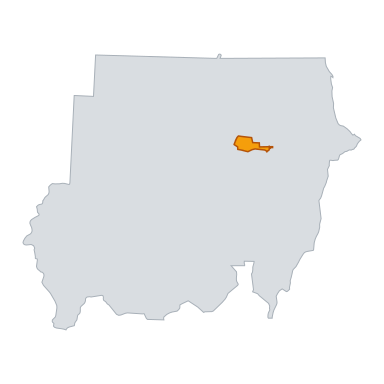 Atbara, River Nile, Sudan shown in context
{"feature_id": "16777658B19107068109893", "entity_name": "Atbara", "entity_type": "district", "adm_level": 2, "iso_a3": "SDN", "parent_name": "Sudan", "parent_adm1": "River Nile", "projection": "albers", "projection_center": [33.305, 17.884], "detail": "fine", "context": "in_parent", "style": "filled", "palette": "amber", "viewbox_px": 384, "rotation_deg": 0, "n_neighbors": 0, "source": "geoboundaries", "source_scale": "gbopen_adm2", "svg_char_len": 4615}
<svg xmlns="http://www.w3.org/2000/svg" viewBox="0 0 384 384"><path d="M272.2,318.2L268.4,318.2L267.9,317.3L268.0,314.8L268.4,312.9L269.8,309.9L269.5,308.3L269.7,306.0L268.6,303.4L259.4,295.8L257.6,293.7L252.6,291.8L253.5,289.6L251.5,274.0L252.5,272.2L252.8,269.5L252.8,267.1L253.9,263.1L254.1,261.4L244.3,261.2L244.2,263.0L244.7,264.9L244.6,265.7L231.1,265.7L236.5,271.8L236.7,274.5L236.4,277.8L236.4,280.0L236.7,281.4L238.2,284.1L238.1,284.6L237.7,285.3L228.0,293.4L226.4,297.1L225.1,299.1L222.2,302.4L213.3,311.0L211.8,311.6L205.0,311.8L204.4,312.0L203.8,312.4L203.5,312.3L197.8,307.1L188.2,300.8L181.7,303.9L179.9,305.0L179.8,308.0L178.8,309.5L177.1,311.1L172.3,312.0L169.8,312.8L166.8,314.4L163.8,317.1L163.6,318.6L163.9,319.9L147.4,319.4L146.3,318.3L144.1,313.7L142.4,313.9L127.4,312.9L125.3,313.3L120.9,315.0L118.7,315.3L116.5,314.3L109.0,305.0L107.3,303.9L105.6,301.6L104.0,300.6L103.5,299.9L103.3,298.9L103.4,297.0L102.9,295.7L101.7,295.3L91.1,297.0L89.6,296.7L87.3,297.0L86.6,297.3L85.6,298.5L85.4,300.9L85.0,302.2L84.2,303.5L81.0,306.4L80.3,307.7L80.3,311.1L80.0,312.8L79.5,313.6L78.1,314.8L77.6,315.5L76.9,319.8L75.1,322.4L74.7,323.3L74.5,325.1L74.2,325.7L69.3,327.0L67.5,327.8L66.3,329.2L66.0,329.9L64.0,329.2L61.4,328.7L56.4,328.0L54.4,327.2L53.5,326.1L53.9,323.5L53.5,323.0L52.7,322.4L52.2,321.3L52.4,319.9L55.2,317.1L55.8,315.5L56.9,307.9L56.8,305.6L55.0,301.2L50.6,293.6L49.5,292.1L43.8,285.7L43.2,284.8L41.9,282.2L43.8,276.7L44.0,275.1L43.6,273.5L42.2,272.2L40.9,272.0L39.2,270.4L38.1,269.6L37.1,268.3L36.5,266.4L37.4,259.8L37.1,258.9L35.6,258.6L35.3,258.1L35.4,256.8L34.8,253.0L34.1,249.8L34.7,248.1L33.6,245.7L31.2,244.5L26.4,245.0L25.0,244.8L24.0,244.3L23.3,243.4L23.0,242.4L23.5,240.8L25.0,238.1L26.8,235.9L30.3,234.0L31.3,232.9L31.9,231.7L32.1,230.3L31.9,228.8L31.6,227.4L30.7,225.5L29.9,223.3L30.0,221.9L30.5,220.8L31.5,219.6L35.0,217.4L38.5,215.6L39.1,214.9L39.0,214.0L37.5,212.2L37.2,209.0L36.5,206.7L38.3,205.0L39.6,204.5L41.7,204.1L42.5,203.4L42.8,202.1L42.8,200.8L43.6,199.8L44.7,197.8L45.5,196.9L48.2,194.6L48.9,193.1L49.1,191.6L48.7,186.9L50.3,185.1L52.3,183.6L55.1,183.9L59.4,183.8L62.3,183.3L64.4,183.4L69.1,184.5L69.6,184.1L69.9,182.9L74.2,95.5L93.5,96.4L95.6,55.0L215.8,58.4L216.8,58.3L218.7,54.4L219.5,54.1L220.7,54.4L221.2,55.3L220.1,58.4L325.1,57.9L325.4,62.6L326.3,66.4L329.4,71.7L332.0,74.6L332.9,76.2L333.0,76.9L332.9,77.6L332.1,76.8L330.8,76.3L330.7,78.9L331.4,84.0L332.6,87.6L331.9,91.0L332.1,96.7L333.6,103.5L333.4,107.8L335.8,118.0L338.1,123.6L339.3,124.9L340.7,125.6L343.3,126.1L347.1,128.8L350.2,131.8L351.3,133.4L352.8,135.1L353.8,134.7L354.4,134.2L355.4,135.6L360.2,138.5L361.0,139.9L359.3,141.3L357.4,143.8L356.5,146.0L356.0,146.7L354.4,148.2L354.2,148.8L353.5,149.3L352.8,149.3L351.1,150.1L349.7,149.9L348.2,150.4L347.7,150.9L346.5,151.4L344.9,151.7L342.5,153.6L340.3,154.6L339.6,155.3L338.5,159.1L337.7,160.1L334.5,160.3L332.9,160.6L330.8,160.2L329.8,160.3L329.5,161.1L329.2,164.3L329.3,165.7L327.5,169.4L328.2,176.2L326.5,181.3L326.3,182.5L324.6,186.6L323.7,188.1L321.6,195.7L320.7,198.0L318.9,200.5L321.1,218.6L319.6,224.2L319.7,227.2L318.7,231.7L317.8,233.8L316.4,236.3L315.2,239.1L314.2,242.8L313.6,249.8L313.2,250.4L307.4,251.4L305.6,251.9L304.3,252.7L302.9,254.5L299.9,259.4L298.4,262.4L296.0,266.6L293.2,269.5L292.6,270.9L292.1,273.5L291.1,277.7L290.2,280.7L290.4,283.0L289.5,287.2L289.6,289.2L288.6,290.3L287.3,291.4L286.4,291.6L282.2,288.9L279.4,290.8L277.6,293.5L276.2,296.2L277.0,301.9L277.0,303.1L276.6,304.5L273.9,310.1L273.1,312.6L272.2,317.1L272.2,318.2Z" fill="#d9dde1" stroke="#a8b0b8" stroke-width="1"/><path d="M272.6,147.6L272.6,146.7L270.5,146.7L270.0,146.8L269.9,146.8L269.7,146.7L269.4,146.7L269.3,146.3L269.2,146.3L268.9,146.4L268.7,146.7L266.0,146.8L259.5,146.9L259.3,142.9L252.7,142.6L251.6,137.6L241.3,136.4L238.7,136.0L238.4,136.0L238.1,136.3L237.2,137.3L236.8,137.9L236.8,138.0L236.6,138.4L236.5,138.5L236.4,138.9L236.1,139.3L235.7,140.2L235.8,140.2L235.6,140.7L235.4,141.1L235.2,141.6L234.9,142.4L234.8,142.7L234.7,142.9L234.5,143.4L234.3,143.9L234.1,144.3L234.1,144.5L234.3,144.7L237.6,146.8L237.8,149.4L238.9,149.6L240.6,149.9L243.0,150.4L243.0,150.5L247.9,151.7L252.0,149.7L255.1,148.9L256.6,149.1L264.7,150.0L266.4,151.0L266.7,151.4L266.7,151.5L266.8,151.8L267.1,151.7L267.2,151.4L267.2,151.2L267.3,151.0L267.6,150.8L268.1,150.8L268.3,150.6L268.7,150.3L268.9,150.2L269.0,150.1L269.1,149.5L269.4,149.1L269.3,148.8L269.3,148.6L269.3,148.4L269.3,148.2L269.5,148.2L269.8,148.2L270.0,148.2L270.3,148.0L270.5,148.1L270.7,147.7L270.9,147.5L271.8,147.6L272.5,147.6L272.6,147.6Z" fill="#f59e0b" stroke="#b45309" stroke-width="1.5"/></svg>